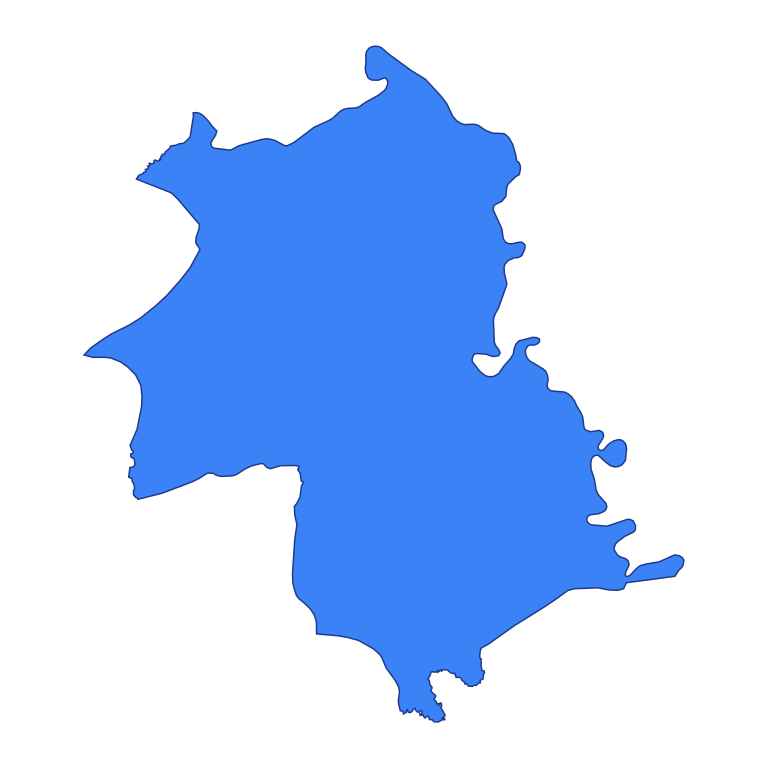 Phanom Phrai, Roi Et, Thailand
{"feature_id": "78962969B84484798937019", "entity_name": "Phanom Phrai", "entity_type": "district", "adm_level": 2, "iso_a3": "THA", "parent_name": "Thailand", "parent_adm1": "Roi Et", "projection": "albers", "projection_center": [104.081, 15.693], "detail": "fine", "context": "isolated", "style": "filled", "palette": "blue", "viewbox_px": 768, "rotation_deg": 0, "n_neighbors": 0, "source": "geoboundaries", "source_scale": "gbopen_adm2", "svg_char_len": 6103}
<svg xmlns="http://www.w3.org/2000/svg" viewBox="0 0 768 768"><path d="M84.1,355.0L92.8,357.3L105.6,357.3L111.5,358.2L120.6,361.9L127.5,366.7L135.6,374.8L140.9,385.4L142.0,395.7L141.6,406.5L137.1,429.2L130.1,445.4L131.6,449.7L132.5,450.4L133.2,452.1L133.0,453.3L130.7,454.0L130.8,456.5L131.4,457.4L133.4,458.3L134.3,459.3L135.0,464.7L134.0,465.7L133.7,466.9L129.9,467.5L128.7,477.2L131.9,478.5L132.4,481.9L133.8,483.9L134.5,487.3L134.6,489.0L133.5,490.3L133.5,494.7L135.6,497.4L137.7,498.1L137.9,499.3L161.7,493.3L178.6,487.0L192.6,481.6L198.8,478.6L206.7,473.6L208.1,473.1L212.9,473.2L217.7,475.7L221.7,476.4L232.5,475.8L236.4,474.6L245.2,468.9L251.3,466.0L260.6,463.6L263.6,463.8L266.6,467.3L270.4,468.7L280.5,465.7L295.4,465.5L299.2,466.4L297.8,469.9L300.1,473.1L301.2,481.0L303.5,482.1L301.5,485.7L300.0,497.3L296.5,503.9L294.4,506.4L294.7,514.5L296.9,524.7L294.8,539.2L292.5,573.7L292.9,582.9L294.2,588.8L296.4,595.4L298.9,598.7L305.6,604.2L310.7,609.4L314.4,615.2L316.4,621.7L316.6,633.9L338.3,635.8L347.9,637.5L358.8,640.5L373.7,649.0L380.1,654.9L381.7,657.4L386.2,667.9L395.0,680.1L397.8,685.2L398.9,688.1L399.5,692.3L398.3,700.9L398.8,704.4L400.3,710.8L402.9,711.1L403.5,713.9L406.0,712.6L407.0,709.6L407.6,709.9L408.2,712.2L410.2,712.6L412.0,711.5L413.6,708.8L415.1,708.2L415.7,710.3L417.2,711.9L419.1,712.3L420.3,710.7L421.9,710.8L422.1,713.0L419.8,713.9L420.2,715.5L423.1,714.9L423.7,716.7L425.1,717.9L427.8,716.1L428.7,717.0L429.5,719.6L432.2,719.7L433.9,721.8L438.6,721.9L442.3,719.8L444.8,719.7L444.7,718.6L442.3,718.1L444.7,716.1L445.1,715.2L441.0,707.7L441.8,705.9L441.1,703.1L440.2,702.9L438.6,705.1L438.5,703.7L436.3,703.7L436.4,701.8L433.9,699.3L435.6,696.5L435.7,695.6L430.6,691.0L431.8,688.7L432.0,687.2L430.0,684.9L429.2,680.4L427.8,678.8L429.5,676.8L431.1,672.2L431.9,671.7L434.8,672.2L436.1,671.7L437.8,672.4L438.0,670.5L439.3,671.3L440.6,670.0L441.6,671.2L442.8,669.7L447.6,670.0L450.1,672.5L453.3,673.6L454.8,673.2L456.1,677.5L458.7,677.2L460.9,677.9L461.8,680.3L464.7,682.4L464.9,684.0L466.7,683.8L468.3,686.1L472.4,686.4L475.0,684.9L476.1,685.5L478.7,683.0L480.4,682.8L480.0,680.5L483.0,679.0L483.5,674.1L484.6,672.7L484.2,671.0L481.9,670.5L481.0,664.9L481.3,662.5L480.8,661.0L481.3,659.2L480.1,658.4L479.7,656.1L480.3,650.5L481.2,648.1L489.0,643.7L514.7,625.4L540.3,609.5L555.4,599.5L567.9,590.4L574.7,588.7L597.7,587.8L609.3,590.0L617.6,590.3L623.6,588.7L626.4,582.7L674.9,576.3L678.9,570.0L681.5,567.7L683.0,565.4L683.9,560.2L682.7,558.1L679.5,555.7L674.7,554.9L659.0,561.9L647.2,563.8L640.3,565.6L636.8,568.2L630.2,575.2L627.7,576.5L625.9,576.2L625.2,575.0L625.6,572.5L629.1,564.9L628.2,560.9L626.0,558.9L620.1,556.8L617.4,555.0L614.5,550.5L614.1,547.9L615.4,544.1L617.2,542.0L624.8,536.3L633.2,532.3L635.0,530.5L635.5,528.5L635.5,525.7L633.2,520.9L629.9,519.4L627.5,519.3L606.9,526.2L591.7,524.9L589.4,524.0L587.6,522.1L586.9,520.8L586.8,518.3L588.1,515.9L590.4,514.8L598.7,513.7L603.0,512.0L605.6,510.0L606.8,506.9L606.1,503.6L598.2,494.6L596.2,490.3L594.2,478.7L591.0,469.0L590.8,463.1L591.7,458.5L594.1,455.9L596.2,455.2L598.2,455.3L606.9,463.1L610.9,465.9L615.0,467.0L618.6,466.5L622.1,464.7L625.4,460.5L626.5,449.3L626.3,446.3L625.2,443.3L622.8,440.9L620.9,439.9L618.3,439.7L613.8,440.9L610.1,443.0L607.5,445.3L604.5,448.9L602.4,450.4L600.4,450.4L599.0,449.6L598.1,447.9L598.2,445.8L603.0,438.0L603.6,436.1L603.2,433.5L602.4,432.0L599.2,430.4L590.6,431.7L585.3,429.9L584.0,427.5L582.7,417.1L580.8,412.6L576.6,405.7L574.7,401.2L571.7,396.9L567.9,393.7L564.7,392.1L551.7,390.9L550.1,390.4L547.7,388.1L547.1,385.6L548.1,379.2L547.5,375.4L545.8,371.3L543.0,368.9L529.6,360.8L527.3,358.2L525.6,354.1L525.4,349.9L527.7,346.0L529.8,345.1L534.2,345.0L537.0,344.0L539.3,342.1L539.7,339.9L539.3,338.9L536.9,337.7L533.0,337.3L519.0,340.9L515.8,344.2L514.2,348.7L513.2,354.3L510.2,358.9L503.7,366.3L498.8,373.4L494.8,375.9L492.9,376.6L488.6,376.7L485.3,375.6L479.8,371.3L472.4,361.8L472.1,359.5L473.1,355.8L474.2,354.4L476.3,353.5L486.3,354.2L491.4,356.1L494.2,356.5L498.6,355.7L500.1,352.9L498.6,349.4L495.4,345.2L494.3,342.1L493.4,320.9L493.8,317.6L495.3,313.6L498.5,308.0L506.6,285.1L506.7,282.8L504.3,273.0L504.1,266.9L504.7,264.6L508.1,260.6L514.1,257.8L517.6,257.7L521.0,256.2L522.0,255.2L523.9,251.0L524.9,248.4L525.0,246.3L524.8,244.9L523.8,243.6L521.5,242.1L517.4,242.5L512.6,243.7L508.8,243.7L505.7,242.4L503.2,238.6L501.9,229.0L493.5,210.5L493.2,208.0L493.7,206.2L495.3,204.5L501.8,201.3L505.8,196.6L506.8,187.2L508.2,183.9L516.1,176.3L518.6,175.2L519.3,174.2L520.3,169.8L520.4,166.4L519.1,162.8L518.3,161.9L517.3,162.0L516.7,160.6L515.6,154.6L512.7,144.4L509.1,138.1L506.4,135.3L504.4,133.9L502.8,133.5L492.7,133.2L485.7,130.4L478.0,125.2L473.9,124.2L465.1,124.6L461.4,123.7L456.6,120.7L452.7,116.3L446.9,103.9L441.7,96.9L425.3,79.2L411.3,70.6L388.4,53.8L381.6,47.9L378.7,46.6L375.5,46.1L371.5,46.9L368.9,48.3L366.4,51.7L365.8,55.4L366.0,61.7L365.3,68.7L365.7,72.1L367.8,77.4L369.2,78.8L372.1,80.1L378.3,80.2L384.4,77.9L386.5,78.9L387.7,81.4L387.6,84.5L385.9,88.6L384.2,90.7L377.9,95.5L366.4,101.8L358.8,107.0L355.0,108.1L348.1,108.3L343.4,109.4L340.1,111.4L332.7,118.2L328.9,120.5L313.9,127.4L294.1,142.4L287.7,145.6L284.8,145.7L275.0,140.5L269.4,139.0L266.4,138.8L261.9,139.4L243.5,144.4L238.6,145.9L231.3,149.8L229.1,150.0L213.5,148.1L212.0,146.9L211.2,145.4L211.0,142.5L215.7,134.9L216.8,131.0L211.9,125.9L208.0,120.6L203.1,115.6L199.4,113.2L196.0,112.6L193.2,112.8L193.4,116.3L190.1,137.0L185.7,141.6L183.4,143.3L179.1,143.8L176.5,145.1L170.6,146.0L169.4,148.6L165.2,152.1L164.5,154.3L162.3,154.3L162.0,155.9L160.9,156.3L160.8,159.5L159.6,159.1L159.4,160.6L158.1,161.1L155.0,160.0L154.0,160.8L153.9,163.2L152.2,163.9L149.2,163.3L149.8,165.6L147.6,166.1L148.5,167.6L147.9,168.8L145.3,169.5L146.0,170.8L145.9,171.4L143.5,172.6L143.1,173.7L138.8,175.3L136.4,179.1L170.4,192.5L172.1,193.5L177.7,199.0L199.5,224.6L198.9,229.3L196.1,237.6L195.7,242.2L196.6,244.5L199.6,248.6L199.8,249.8L190.0,267.9L179.8,280.9L166.9,295.4L155.5,306.0L140.7,317.9L129.6,324.9L111.8,333.7L100.6,340.9L90.4,348.3L84.1,355.0Z" fill="#3b82f6" stroke="#1e3a8a" stroke-width="1.5"/></svg>